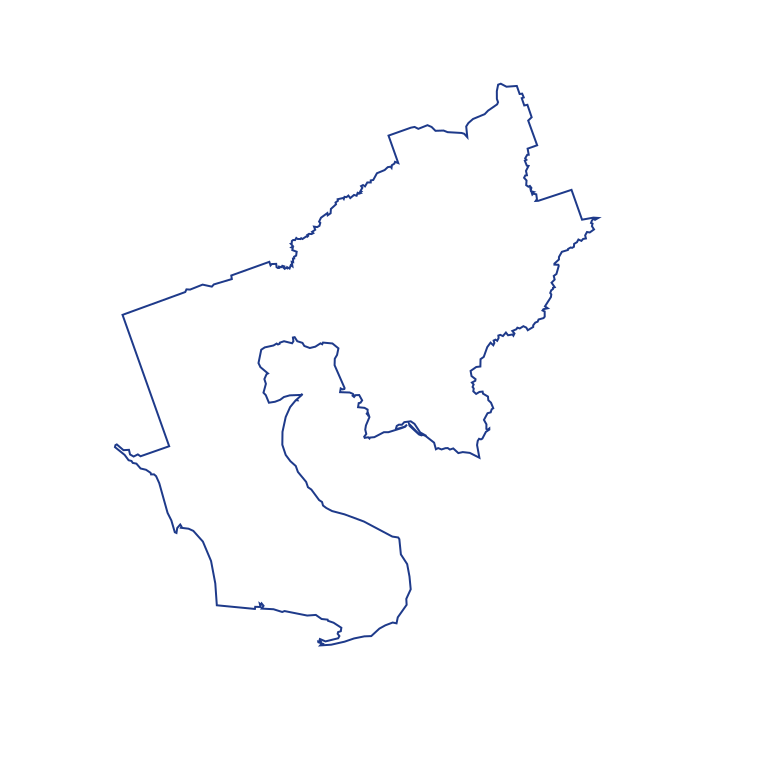 the district of Greater Geelong, Victoria, Australia, rotated 62°
{"feature_id": "25037944B24812283687541", "entity_name": "Greater Geelong", "entity_type": "district", "adm_level": 2, "iso_a3": "AUS", "parent_name": "Australia", "parent_adm1": "Victoria", "projection": "orthographic", "projection_center": [144.481, -38.052], "detail": "fine", "context": "isolated", "style": "outline", "palette": "blue", "viewbox_px": 768, "rotation_deg": 62, "n_neighbors": 0, "source": "geoboundaries", "source_scale": "gbopen_adm2", "svg_char_len": 6165}
<svg xmlns="http://www.w3.org/2000/svg" viewBox="0 0 768 768"><g transform="rotate(62 384 384)"><path d="M219.9,469.1L216.2,487.5L217.2,490.3L211.1,497.5L209.6,510.9L207.7,514.0L209.5,516.3L200.2,582.4L338.1,602.9L333.5,632.9L330.6,634.4L330.5,639.1L327.0,641.3L322.4,640.1L320.1,645.1L311.9,648.3L311.9,649.8L313.4,651.2L324.8,646.3L331.4,645.3L333.4,643.1L335.7,642.9L338.1,640.0L344.3,638.6L348.0,634.4L352.8,631.8L354.5,632.1L355.8,629.5L358.4,628.5L366.1,629.0L396.2,635.6L404.6,635.8L416.7,638.3L418.1,637.2L414.1,634.2L412.4,629.9L414.8,629.7L415.6,630.8L420.0,624.5L424.2,621.3L438.1,617.9L459.1,619.8L480.9,626.6L500.9,635.5L522.0,603.6L520.3,602.3L522.9,597.7L519.7,596.8L521.1,596.2L520.3,595.1L523.3,594.5L524.9,597.4L531.0,587.3L537.5,580.9L537.8,578.4L552.4,560.5L555.9,552.6L562.2,549.4L565.6,544.4L566.8,544.6L571.1,540.6L579.2,536.1L582.0,538.2L581.5,541.0L582.8,542.2L585.6,541.7L587.0,543.8L583.8,556.5L579.1,560.3L580.2,561.4L582.8,560.4L580.5,563.0L581.2,563.2L585.7,559.0L584.3,561.4L584.9,563.0L589.4,553.0L593.0,539.8L594.6,529.9L597.6,519.8L600.6,513.6L597.8,502.9L597.7,496.1L598.7,488.3L601.2,485.3L596.5,481.4L589.6,467.7L584.2,465.2L577.8,456.8L566.0,451.9L553.9,448.1L542.4,449.1L528.2,443.3L526.2,443.5L522.6,448.3L496.0,466.3L480.5,480.1L471.8,489.5L466.5,493.1L462.7,494.9L459.1,494.1L456.0,495.8L443.1,497.7L439.4,499.6L433.9,498.7L421.2,501.3L415.0,500.4L408.2,502.9L400.5,504.1L389.9,502.3L378.6,496.1L367.0,486.3L360.3,477.7L356.9,469.5L357.8,468.0L356.6,468.0L355.1,461.7L354.4,460.7L354.7,462.4L349.8,472.5L348.5,478.5L349.2,483.1L348.5,488.6L346.5,494.4L338.3,493.6L335.1,494.5L328.4,488.2L323.5,487.3L320.2,483.1L320.2,481.5L311.1,485.2L306.6,485.0L296.1,476.3L295.7,472.1L298.1,463.5L297.9,459.8L299.3,459.1L299.5,457.3L298.6,456.6L299.3,452.2L304.9,446.0L303.7,443.9L300.2,442.6L300.7,440.9L305.5,440.5L309.4,436.7L313.0,436.5L317.4,432.6L318.8,427.1L318.3,421.0L319.9,419.9L318.8,418.4L324.0,410.5L331.1,407.5L336.3,411.8L338.6,415.6L344.2,418.8L369.1,420.7L369.8,421.4L369.3,423.1L367.6,424.3L370.6,426.6L375.4,418.3L378.1,416.1L379.4,416.0L379.7,417.2L381.4,416.5L380.5,414.4L382.1,411.1L388.2,411.0L389.5,413.5L389.0,415.3L392.3,417.8L395.9,412.4L398.9,410.5L401.4,411.8L402.5,413.9L402.5,411.8L404.1,412.1L404.3,413.6L404.6,412.1L406.4,412.4L412.1,419.4L415.5,422.0L419.8,423.1L421.2,426.2L422.5,426.3L423.6,423.0L425.3,422.4L424.7,421.5L426.4,417.5L426.5,406.8L428.6,402.8L431.2,389.2L431.7,385.4L430.7,382.8L431.4,385.7L429.8,393.8L428.9,394.3L427.0,392.4L426.9,389.9L428.4,387.3L427.2,384.0L429.5,377.9L433.5,375.8L445.6,374.6L444.8,374.1L449.8,370.9L447.5,372.9L445.5,376.3L431.0,380.6L432.9,381.1L445.0,376.8L446.4,375.6L447.5,373.2L449.4,371.7L459.3,367.3L466.0,368.8L466.0,366.3L468.8,363.9L469.5,359.9L470.5,357.8L472.8,356.6L473.4,353.1L479.9,350.8L481.1,346.4L485.1,340.6L493.9,334.4L481.6,330.5L478.3,328.0L477.0,325.8L478.4,324.4L478.4,322.8L474.1,316.5L473.7,312.4L472.7,311.9L473.1,313.9L471.7,314.7L467.7,312.5L462.6,312.6L458.4,306.3L459.1,303.1L456.9,300.8L456.7,298.9L450.7,298.3L447.3,299.5L443.9,298.1L439.0,301.1L437.0,300.5L435.8,303.4L436.0,307.3L432.4,308.6L430.1,306.9L428.2,307.2L426.5,305.1L424.0,305.7L424.0,301.9L422.7,300.9L418.1,303.0L413.1,301.4L412.3,294.5L413.8,290.7L407.4,287.1L406.9,283.2L399.9,275.5L397.5,270.5L401.1,269.3L399.6,267.3L397.1,266.8L397.2,264.7L399.0,263.8L397.2,261.2L394.9,260.3L395.2,258.3L397.5,256.5L395.8,252.2L399.2,251.6L400.6,247.3L402.1,247.1L400.7,245.1L397.4,245.8L397.8,241.5L396.9,239.8L398.7,238.0L398.4,233.8L401.0,231.9L404.0,231.8L403.7,225.5L402.2,224.7L400.8,221.6L401.1,219.1L399.6,217.2L400.7,212.2L400.0,210.5L395.4,208.1L393.5,209.5L392.8,208.1L394.0,203.9L391.0,205.4L385.6,195.8L383.4,194.2L381.7,194.5L379.8,192.4L379.5,190.3L378.4,189.6L378.7,187.8L373.2,188.5L371.9,184.3L368.3,183.4L367.8,180.1L361.8,174.3L360.6,174.1L358.6,177.5L357.7,177.0L356.2,171.1L354.0,169.9L350.8,164.9L352.0,158.7L351.2,158.1L351.1,155.1L352.1,154.0L352.0,151.9L349.5,150.3L349.4,147.1L347.7,144.5L350.3,142.5L349.4,140.1L350.3,137.4L347.2,136.6L345.1,133.4L346.8,131.2L346.1,126.0L342.3,126.3L340.3,124.6L339.0,125.6L337.3,123.7L336.4,121.2L338.1,120.6L338.0,116.8L335.4,121.0L331.9,132.0L300.6,127.3L294.7,161.7L293.6,164.1L292.6,162.2L288.0,160.5L286.0,162.9L286.4,164.1L284.6,163.8L284.7,161.7L282.7,163.7L280.0,162.9L280.7,162.4L280.0,161.8L277.6,162.2L277.6,163.9L275.2,165.1L271.2,162.6L267.7,163.5L266.2,161.4L266.8,159.8L262.5,158.6L259.3,154.0L258.2,155.4L252.9,154.8L252.9,153.0L251.0,153.4L248.9,150.0L249.5,148.6L243.6,146.7L245.1,136.7L219.1,133.0L217.8,128.4L204.8,126.3L203.9,129.4L196.3,128.2L196.6,126.1L192.5,125.7L191.6,128.1L183.2,126.8L179.0,136.3L173.7,139.9L173.3,142.7L178.4,146.9L185.3,150.5L188.7,151.0L190.2,152.8L191.5,163.8L193.0,168.4L191.8,181.0L193.2,187.0L195.2,190.5L205.2,194.6L200.7,195.7L198.8,197.6L191.5,209.6L188.2,212.4L184.6,219.7L179.4,221.3L175.9,224.1L174.8,233.9L171.4,236.3L170.3,239.9L166.8,263.4L195.6,267.7L193.0,270.0L194.3,271.4L194.5,274.3L196.7,275.9L195.2,276.2L194.3,278.9L195.4,283.0L194.6,291.3L198.8,297.7L198.0,300.1L199.8,301.1L198.2,304.1L200.6,308.0L198.5,309.1L198.5,311.3L200.6,311.0L202.6,314.2L203.4,313.7L203.5,315.6L204.5,315.0L204.2,316.9L202.9,317.6L204.9,319.8L203.0,321.7L204.0,326.5L200.9,327.0L201.4,329.4L200.2,331.0L201.7,332.6L200.6,332.7L199.1,338.2L200.6,338.7L201.0,341.6L202.8,342.0L204.5,348.7L208.2,351.0L208.6,354.5L206.5,353.8L207.6,361.6L210.2,365.1L211.8,364.6L214.0,366.7L214.1,369.3L212.2,371.9L215.5,372.3L215.9,376.1L217.6,375.6L217.6,377.6L216.2,379.7L216.4,381.7L217.6,381.4L218.0,382.6L217.2,383.4L217.7,387.9L216.4,388.7L216.8,389.7L215.3,392.3L213.9,392.9L215.2,395.0L214.2,396.6L214.5,398.2L216.7,399.6L216.5,400.4L219.6,399.7L219.9,401.6L220.9,400.6L222.7,402.1L226.2,399.0L229.4,401.3L229.4,403.6L231.0,404.3L230.5,405.5L233.8,407.0L232.8,408.1L237.1,409.6L235.3,410.5L237.7,413.2L235.5,414.6L236.3,415.2L235.4,415.9L235.7,417.6L234.2,418.1L233.3,416.9L231.9,418.3L232.7,419.6L231.1,421.6L232.3,422.0L231.8,423.2L230.4,424.0L227.3,422.8L225.4,426.8L226.0,428.5L222.3,427.9L216.5,467.9L219.9,469.1Z" fill="none" stroke="#1e3a8a" stroke-width="2"/></g></svg>